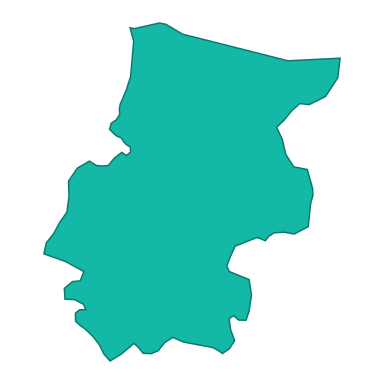 Vratsa, Mercator projection
{"feature_id": "BGR-2251", "entity_name": "Vratsa", "entity_type": "Province", "adm_level": 1, "iso_a3": "BGR", "parent_name": "Bulgaria", "parent_adm1": "", "projection": "mercator", "projection_center": [23.765, 43.427], "detail": "fine", "context": "isolated", "style": "filled", "palette": "teal", "viewbox_px": 384, "rotation_deg": 0, "n_neighbors": 0, "source": "natural_earth", "source_scale": "10m", "svg_char_len": 1364}
<svg xmlns="http://www.w3.org/2000/svg" viewBox="0 0 384 384"><path d="M130.1,27.8L134.6,28.6L159.4,23.0L165.9,24.3L182.6,34.2L285.2,60.1L288.0,60.8L340.1,58.2L337.8,77.7L325.6,96.4L309.2,104.6L299.8,103.6L291.8,110.7L283.9,120.4L276.6,127.3L282.4,139.6L285.7,154.2L293.7,166.8L307.3,169.5L312.6,188.5L312.9,195.4L310.7,203.3L308.2,226.7L294.3,234.0L284.1,232.2L274.1,232.8L268.5,236.5L265.3,240.8L261.0,238.8L256.7,237.6L235.0,246.2L229.8,258.1L226.8,266.1L229.4,271.6L249.1,279.6L251.5,295.0L249.1,311.1L246.1,320.2L238.7,320.1L233.6,315.6L229.1,318.7L230.7,330.0L234.7,340.6L229.3,348.8L222.4,353.5L217.4,349.9L212.6,347.5L183.7,342.1L172.7,337.4L164.6,342.7L158.2,350.7L150.9,353.7L143.1,353.3L138.7,347.7L134.0,343.4L121.5,353.9L110.1,361.0L104.0,354.2L99.6,345.2L92.8,336.3L85.0,328.9L80.1,325.5L75.6,321.2L75.4,313.2L79.6,309.8L85.8,309.7L83.5,304.3L74.5,299.6L65.0,299.2L64.3,288.4L72.5,281.6L80.2,280.8L83.9,271.6L65.9,261.7L43.9,253.8L46.4,242.7L53.7,233.6L59.7,222.4L66.8,212.3L69.0,196.6L68.5,181.1L77.4,168.1L89.4,161.1L96.5,165.5L102.3,166.0L108.2,165.5L114.7,157.8L121.8,152.4L126.6,155.5L130.6,151.8L130.3,146.9L126.7,144.9L123.6,141.7L121.3,137.8L117.7,136.6L114.6,134.3L109.6,129.4L111.2,123.3L116.4,119.7L119.8,114.3L119.3,109.3L120.1,104.5L125.9,91.1L130.6,76.6L133.7,41.3L130.1,27.8Z" fill="#14b8a6" stroke="#0f766e" stroke-width="1.5"/></svg>